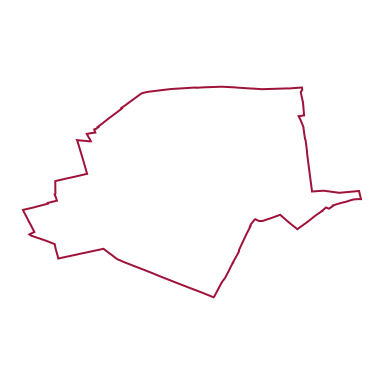 the district of Auce, Auces, Latvia
{"feature_id": "27541924B35234927620739", "entity_name": "Auce", "entity_type": "district", "adm_level": 2, "iso_a3": "LVA", "parent_name": "Latvia", "parent_adm1": "Auces", "projection": "equal_earth", "projection_center": [22.905, 56.46], "detail": "fine", "context": "isolated", "style": "outline", "palette": "rose", "viewbox_px": 384, "rotation_deg": 0, "n_neighbors": 0, "source": "geoboundaries", "source_scale": "gbopen_adm2", "svg_char_len": 2566}
<svg xmlns="http://www.w3.org/2000/svg" viewBox="0 0 384 384"><path d="M329.0,208.7L333.3,205.7L333.1,205.4L337.1,204.1L342.3,202.6L346.3,201.7L349.5,200.6L349.8,200.5L352.9,199.6L354.1,199.4L355.6,199.3L357.8,199.1L361.0,199.1L360.9,198.7L359.0,191.0L339.2,192.8L323.8,190.7L312.0,191.5L311.0,183.4L310.8,182.2L309.5,172.0L308.5,164.6L307.5,156.7L307.1,153.5L307.0,151.2L306.9,150.6L305.6,140.2L305.0,139.0L303.5,128.2L303.5,127.5L303.3,126.7L303.2,126.5L300.4,119.6L298.6,116.2L304.1,115.4L303.0,102.5L300.7,92.1L302.3,89.8L301.9,87.5L288.3,88.5L287.7,88.4L271.5,88.9L261.9,89.2L251.7,88.5L250.7,88.5L238.2,87.7L236.3,87.5L229.5,87.1L221.8,86.7L204.9,87.3L204.1,87.3L196.1,87.8L195.9,87.5L184.3,88.2L172.9,88.9L170.3,89.1L148.8,91.7L146.0,92.2L143.7,92.8L143.3,92.9L142.8,93.0L142.6,93.1L142.3,93.1L141.7,93.4L141.2,93.6L132.3,100.1L123.4,106.6L122.3,107.3L121.3,108.0L121.9,108.5L112.5,115.6L111.6,116.3L109.5,117.8L104.7,121.6L103.2,122.8L97.9,126.8L98.4,127.1L96.3,128.7L94.2,129.4L95.3,132.6L91.3,133.1L86.8,133.9L88.9,137.8L90.0,139.4L90.8,141.3L89.8,141.3L89.2,141.3L78.7,140.3L77.0,140.1L77.6,141.6L78.0,142.9L83.1,159.9L83.6,161.6L83.8,162.3L87.1,173.9L85.8,174.1L74.4,176.8L65.6,178.7L55.3,181.1L55.2,181.7L55.3,183.3L55.3,188.3L55.4,192.5L55.3,194.0L55.1,194.6L54.7,194.6L54.8,194.9L55.3,196.1L55.8,197.1L56.9,200.7L47.7,202.9L47.9,203.7L43.2,204.9L32.6,207.7L23.0,209.9L23.7,211.6L24.9,213.8L26.4,216.6L27.0,217.8L28.4,220.6L30.9,225.2L33.0,229.4L34.4,232.0L29.3,234.4L30.1,235.0L31.0,235.6L46.5,240.9L46.7,241.0L54.7,244.1L55.0,245.6L55.7,249.0L57.7,256.1L58.3,258.5L70.9,255.8L75.6,254.8L83.2,253.1L87.3,252.3L91.3,251.4L96.9,250.2L103.5,248.8L104.2,249.3L104.9,249.9L107.1,251.5L109.4,253.3L110.6,254.1L111.8,255.0L113.2,256.1L117.1,259.1L123.8,262.0L135.3,266.5L138.2,267.6L141.0,268.7L143.4,269.6L151.6,272.8L154.4,274.0L158.5,275.7L174.9,282.2L176.7,282.9L196.2,290.4L201.5,292.4L210.9,296.2L213.5,297.3L214.6,295.9L218.2,289.1L218.8,288.0L219.1,287.4L221.0,283.7L222.8,280.9L225.0,278.1L226.6,275.1L226.7,274.7L228.0,272.5L230.2,267.9L232.0,264.4L232.7,263.2L232.8,263.1L232.6,263.0L233.8,260.9L235.6,257.7L237.2,254.8L239.1,251.2L238.9,250.3L242.1,243.3L246.7,233.6L250.4,226.4L250.0,226.3L251.1,224.0L254.7,219.5L255.2,219.6L255.5,219.3L256.1,219.6L258.6,220.9L260.4,221.0L261.2,221.0L262.4,221.0L271.4,218.0L280.2,214.8L280.4,215.0L289.6,223.0L297.4,229.2L298.0,228.7L307.6,221.8L315.0,215.9L319.9,212.5L321.2,211.6L321.9,211.2L321.7,211.1L324.4,208.9L325.7,207.8L326.0,207.5L329.0,208.7Z" fill="none" stroke="#9f1239" stroke-width="2"/></svg>